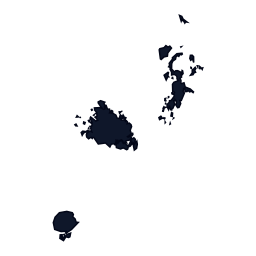 Shortland Islands, Western, Solomon Islands (Equal Earth projection)
{"feature_id": "97153195B13226737525008", "entity_name": "Shortland Islands", "entity_type": "district", "adm_level": 2, "iso_a3": "SLB", "parent_name": "Solomon Islands", "parent_adm1": "Western", "projection": "equal_earth", "projection_center": [155.884, -7.049], "detail": "fine", "context": "isolated", "style": "filled", "palette": "ink", "viewbox_px": 256, "rotation_deg": 0, "n_neighbors": 0, "source": "geoboundaries", "source_scale": "gbopen_adm2", "svg_char_len": 5906}
<svg xmlns="http://www.w3.org/2000/svg" viewBox="0 0 256 256"><path d="M131.6,126.6L131.0,124.6L129.1,123.0L127.2,123.8L127.4,121.8L126.4,120.7L125.5,121.3L125.2,119.1L124.4,120.2L121.3,120.2L121.0,118.9L117.1,118.1L115.9,115.1L112.8,113.3L112.6,111.1L111.7,110.5L111.0,111.0L111.3,113.1L109.5,112.9L110.1,111.8L109.5,109.1L107.5,109.2L105.9,104.9L105.4,108.3L104.8,109.1L104.4,109.2L104.7,104.7L103.8,103.6L104.8,102.2L100.6,100.7L98.2,101.9L98.2,102.9L101.3,107.4L102.0,107.9L102.4,108.7L100.1,107.6L94.4,107.9L94.7,110.1L96.7,112.5L95.9,113.7L97.0,114.0L96.9,116.3L95.9,117.8L97.7,120.3L95.7,121.0L90.7,117.0L90.1,118.2L92.0,122.4L92.0,124.7L91.7,126.1L90.4,126.3L91.0,126.9L90.7,128.3L91.8,131.9L89.9,131.0L88.5,132.2L87.6,131.6L87.2,134.2L86.9,132.8L86.3,134.8L86.7,137.0L88.6,138.8L90.4,137.6L93.8,137.5L98.3,144.0L105.5,143.0L109.9,147.0L111.3,144.1L116.9,143.5L116.0,142.1L116.6,142.1L116.0,140.2L117.1,140.3L117.3,142.4L117.9,141.1L118.3,142.5L119.1,140.7L121.3,139.9L122.6,140.6L123.2,142.2L126.6,142.8L125.5,141.2L125.5,140.9L129.4,140.1L131.3,137.5L130.7,135.9L128.1,137.4L127.4,136.7L131.3,133.8L130.2,130.2L131.6,126.6ZM193.5,91.9L190.3,89.0L185.2,87.0L184.0,82.8L181.6,83.6L180.8,82.9L181.0,80.6L180.0,78.1L181.6,77.1L180.6,72.1L177.8,70.7L175.8,70.7L174.3,71.9L171.6,69.0L171.7,63.7L172.8,61.1L175.5,59.2L176.0,56.8L177.6,55.6L178.8,56.4L180.0,54.4L181.5,54.8L182.3,54.1L182.0,53.2L176.9,53.7L172.4,57.7L172.5,59.1L169.2,63.3L169.6,65.3L168.6,66.8L170.8,67.7L170.0,69.0L171.6,72.3L171.6,75.0L174.1,74.4L176.0,75.3L177.0,76.7L177.0,78.9L178.4,80.6L173.9,82.3L172.5,84.3L172.7,91.2L174.6,92.3L173.8,94.4L174.4,96.0L171.1,100.5L169.5,100.7L169.3,102.3L167.1,104.5L167.1,106.8L168.5,109.5L169.4,105.3L170.5,109.7L171.7,110.0L172.1,108.4L172.8,108.4L174.7,104.2L173.5,100.7L174.8,100.9L175.0,99.5L176.4,101.0L176.4,103.5L175.6,104.6L177.6,107.7L179.0,107.4L180.7,103.6L179.7,100.5L181.3,100.5L184.3,93.3L183.1,91.5L183.6,88.5L184.8,87.7L185.0,91.7L187.1,91.5L187.9,90.4L189.6,91.9L191.4,91.3L193.1,92.6L193.5,91.9ZM78.3,222.4L76.1,222.1L75.2,219.1L72.7,216.6L73.4,214.5L72.3,212.7L66.8,211.4L59.4,212.7L55.1,217.2L53.3,222.6L54.7,229.4L61.1,231.6L66.4,231.2L67.2,232.4L71.5,229.5L78.3,222.4ZM171.5,48.1L169.8,46.1L168.0,47.1L165.9,45.6L164.0,47.7L159.8,48.7L159.2,49.8L160.4,58.9L161.2,59.5L164.1,56.9L167.4,56.2L167.8,52.9L171.5,48.1ZM128.2,147.2L127.6,145.1L126.5,145.0L125.6,143.5L123.3,143.6L121.4,140.1L116.0,144.3L116.4,147.6L120.6,149.0L123.2,147.9L126.7,149.7L127.7,149.1L128.2,147.2ZM70.6,233.1L67.0,234.5L62.9,238.4L62.1,238.1L62.9,235.9L61.0,237.6L60.8,234.9L60.2,234.9L59.9,238.4L63.5,240.6L65.9,236.8L68.6,237.5L69.9,236.8L70.6,233.1ZM134.8,143.6L135.3,139.3L133.9,137.8L131.5,139.1L128.7,145.5L129.4,146.5L130.3,146.1L131.8,144.0L131.6,142.2L132.0,142.1L132.5,143.2L133.2,143.0L133.1,144.2L134.8,143.6ZM137.3,144.3L136.8,141.2L133.4,145.7L134.3,150.1L136.6,148.3L137.3,144.3ZM193.7,62.5L193.6,56.7L192.2,55.2L190.4,55.3L189.8,58.4L190.7,60.3L192.5,58.9L193.7,62.5ZM168.7,76.8L167.8,75.5L168.5,72.7L168.0,72.3L164.1,75.2L166.2,80.0L167.8,76.8L168.7,76.8ZM187.1,22.1L183.1,19.1L181.8,16.4L179.5,15.4L181.2,21.1L182.0,18.9L182.4,20.6L183.3,20.4L184.8,23.1L185.6,21.9L187.1,22.1ZM195.9,68.5L195.2,67.3L192.2,70.6L192.3,72.7L190.5,75.2L193.0,74.7L194.2,72.7L195.6,72.3L194.7,70.3L195.9,68.5ZM86.2,131.7L82.8,131.1L81.2,132.5L82.2,135.3L83.6,133.0L86.2,131.7ZM162.4,118.2L160.9,116.2L158.9,117.6L159.6,119.6L162.4,118.2ZM172.3,116.4L172.6,113.1L171.6,112.6L170.9,116.0L172.3,116.4ZM122.4,117.8L122.1,116.4L120.3,114.8L119.5,117.7L121.8,118.6L122.4,117.8ZM183.1,73.5L182.6,70.8L182.1,70.5L181.7,73.9L182.3,74.6L183.1,73.5ZM124.2,117.3L123.7,116.0L123.1,115.0L122.5,116.3L122.9,118.1L124.2,117.3ZM88.9,131.4L87.9,130.3L86.3,131.3L86.9,131.9L87.6,131.4L88.4,132.0L88.9,131.4ZM85.2,122.5L83.7,122.0L83.5,123.6L84.6,124.1L85.2,122.5ZM77.0,125.9L76.0,124.1L74.9,124.7L75.7,125.8L77.0,125.9ZM78.4,116.9L77.1,115.7L76.4,117.1L78.4,116.9ZM132.9,134.5L132.6,132.7L131.7,136.2L132.9,134.5ZM200.6,67.3L199.6,66.5L199.4,68.5L200.0,68.7L200.6,67.3ZM166.3,101.2L165.2,100.0L165.7,98.4L164.9,98.6L164.8,100.6L166.3,101.2ZM164.5,107.4L163.9,106.8L163.1,108.3L163.9,108.7L164.5,107.4ZM89.3,122.3L89.3,120.2L88.4,120.5L89.3,122.3ZM202.2,69.4L202.7,67.9L201.4,68.2L202.2,69.4ZM172.9,94.2L172.6,92.4L171.9,92.7L171.9,93.8L172.9,94.2ZM163.7,109.8L162.9,110.0L162.7,111.2L163.3,111.3L163.7,109.8ZM172.8,78.5L172.5,76.8L172.1,78.3L172.8,78.5ZM120.8,111.8L119.2,111.9L119.6,113.2L119.8,113.1L120.8,111.8ZM90.9,122.9L91.0,121.9L90.3,122.4L90.9,122.9ZM125.9,117.7L125.2,117.5L125.0,118.2L125.6,118.5L125.9,117.7ZM92.3,110.0L91.9,109.3L91.4,109.5L91.7,110.3L92.3,110.0ZM124.8,118.6L124.0,118.6L124.1,119.4L124.3,119.6L124.8,118.6ZM62.7,234.7L61.0,234.7L60.9,235.1L61.5,235.2L62.7,234.7ZM165.4,104.5L165.8,103.4L165.6,103.3L165.4,104.5ZM66.4,233.2L66.3,232.3L65.8,232.7L66.4,233.2ZM64.2,235.1L64.6,234.3L63.8,234.5L64.2,235.1ZM80.4,117.6L80.1,116.8L80.3,118.0L80.4,117.6ZM197.7,66.7L197.9,65.8L197.3,65.8L197.7,66.7ZM191.5,68.5L191.3,67.5L190.9,67.3L190.8,68.0L191.5,68.5ZM168.9,97.0L168.5,96.1L168.4,97.4L168.9,97.0ZM170.4,123.9L170.2,123.3L170.0,124.1L170.4,123.9ZM88.8,128.6L88.8,127.9L88.5,128.3L88.8,128.6ZM115.1,144.8L115.0,144.2L114.8,144.7L115.1,144.8ZM95.6,117.6L95.5,116.9L95.1,117.2L95.6,117.6ZM165.5,122.5L165.2,122.0L165.2,122.8L165.5,122.5ZM93.9,115.4L94.1,114.8L93.6,115.2L93.9,115.4ZM165.0,117.4L164.6,118.0L164.8,118.4L164.9,118.2L165.0,117.4ZM124.0,143.0L123.3,142.7L123.2,142.8L123.4,143.2L124.0,143.0ZM165.6,107.4L165.1,107.3L165.1,107.6L165.6,107.4ZM173.9,118.0L174.0,117.3L173.6,118.2L173.9,118.0ZM121.8,112.0L121.7,111.4L121.5,111.5L121.8,112.0ZM122.3,141.2L122.4,140.8L122.0,140.4L122.3,141.2ZM91.9,139.0L92.2,138.7L92.2,138.3L91.9,139.0ZM163.6,118.4L163.5,118.1L163.3,118.3L163.6,118.4ZM180.9,47.1L181.2,46.8L180.8,46.9L180.9,47.1Z" fill="#0f172a" stroke="#020617" stroke-width="1.5"/></svg>